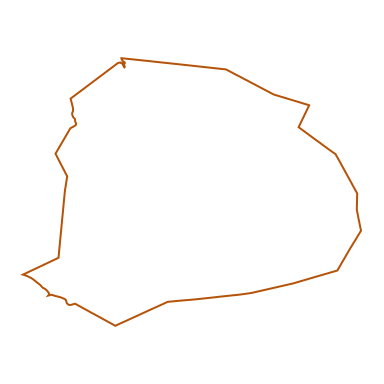 Songino, Dzavhan, Mongolia (Equal Earth projection)
{"feature_id": "93677404B94463356212555", "entity_name": "Songino", "entity_type": "district", "adm_level": 2, "iso_a3": "MNG", "parent_name": "Mongolia", "parent_adm1": "Dzavhan", "projection": "equal_earth", "projection_center": [95.763, 48.99], "detail": "fine", "context": "isolated", "style": "outline", "palette": "amber", "viewbox_px": 384, "rotation_deg": 0, "n_neighbors": 0, "source": "geoboundaries", "source_scale": "gbopen_adm2", "svg_char_len": 2509}
<svg xmlns="http://www.w3.org/2000/svg" viewBox="0 0 384 384"><path d="M121.4,58.2L121.4,58.6L121.6,59.2L122.0,59.9L122.4,60.8L123.5,61.5L123.5,61.8L123.4,62.0L123.6,62.2L124.5,62.4L124.8,62.5L124.8,63.1L124.6,63.5L124.0,63.9L123.4,64.1L123.2,64.2L123.6,64.6L124.2,65.1L124.3,65.3L124.3,65.6L124.2,65.9L124.4,66.1L124.6,66.3L124.7,66.7L124.7,67.1L124.4,67.4L124.1,67.1L123.8,66.5L123.7,65.9L123.6,65.6L123.1,65.3L123.0,65.1L123.0,64.6L122.8,64.2L122.5,63.7L121.7,63.2L121.1,63.1L120.9,63.0L120.7,62.7L120.3,62.5L119.6,62.6L118.7,62.8L117.7,63.2L115.7,64.7L70.6,98.6L72.8,107.2L73.1,109.6L73.0,110.9L72.1,113.4L72.4,115.4L72.8,116.2L73.1,117.0L73.8,117.8L74.6,118.7L75.0,119.1L75.1,119.7L75.1,120.2L75.1,121.1L75.3,121.9L75.8,122.9L76.1,123.4L76.2,124.0L75.8,125.0L74.8,125.8L73.5,126.6L70.4,128.2L55.5,153.7L67.2,176.4L64.9,190.9L58.5,257.8L23.0,274.6L23.4,274.7L26.1,275.7L28.6,276.7L30.3,277.6L31.8,278.4L33.1,279.3L35.1,280.9L37.6,282.9L38.9,283.9L40.5,285.2L42.1,287.1L42.8,287.8L43.3,288.0L44.1,288.4L45.3,289.1L46.7,290.3L48.4,292.4L48.9,293.3L49.0,293.7L49.0,294.0L48.9,294.4L48.8,294.8L48.2,295.6L50.7,294.9L51.2,294.9L51.8,294.9L52.9,295.1L53.6,295.4L55.0,295.9L55.8,296.1L57.2,296.4L59.8,297.1L61.4,297.6L63.3,298.4L64.5,298.9L65.2,299.4L65.6,299.8L65.9,300.1L66.0,300.7L66.3,301.5L66.7,302.8L67.2,303.6L67.8,304.2L68.6,304.7L69.3,304.9L70.2,305.0L70.9,304.8L71.6,304.7L72.3,304.5L73.3,304.2L74.0,304.0L75.2,303.8L88.9,311.3L89.2,311.5L105.9,320.6L110.1,322.9L115.3,325.8L120.4,323.4L125.8,321.0L129.7,319.2L151.9,309.0L152.0,309.0L155.9,307.2L156.0,307.2L161.2,304.8L161.3,304.8L163.6,303.7L167.8,301.8L174.0,301.3L174.1,301.2L196.0,299.3L216.5,297.1L216.9,297.0L225.5,296.1L234.7,295.1L235.3,295.1L238.0,294.8L238.7,294.7L240.6,294.5L251.3,293.0L293.2,283.4L314.0,277.3L315.0,277.0L337.4,270.5L339.0,267.7L339.3,267.2L341.1,264.1L341.4,263.5L343.5,259.9L344.3,258.6L346.3,255.1L349.6,249.4L349.9,249.0L350.3,248.2L350.8,247.5L352.2,245.2L353.4,243.2L353.7,242.7L354.6,241.2L354.9,240.8L361.0,230.7L360.4,227.7L358.5,218.5L358.4,217.9L357.8,214.8L356.8,209.7L356.8,208.6L356.9,205.8L356.9,205.7L357.0,202.0L357.2,193.5L340.5,163.0L337.0,156.7L336.8,156.5L335.6,154.2L333.2,152.5L331.6,151.4L328.1,148.9L323.2,145.3L322.5,144.8L322.1,144.5L320.7,143.4L314.4,138.9L314.2,138.7L298.6,127.2L309.2,105.3L309.0,105.2L273.7,94.5L257.7,86.1L257.4,85.9L256.8,85.6L225.9,69.4L222.1,69.0L186.6,65.1L161.1,62.4L152.9,61.5L147.5,60.9L147.4,60.9L121.4,58.2Z" fill="none" stroke="#b45309" stroke-width="2"/></svg>